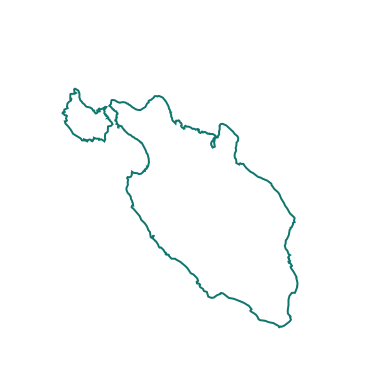 outline of Providencia (Santa Isabel), San Andrés y Providencia, Colombia, rotated 307°
{"feature_id": "7082276B29529138088476", "entity_name": "Providencia (Santa Isabel)", "entity_type": "district", "adm_level": 2, "iso_a3": "COL", "parent_name": "Colombia", "parent_adm1": "San Andrés y Providencia", "projection": "equal_earth", "projection_center": [-81.369, 13.358], "detail": "fine", "context": "isolated", "style": "outline", "palette": "teal", "viewbox_px": 384, "rotation_deg": 307, "n_neighbors": 0, "source": "geoboundaries", "source_scale": "gbopen_adm2", "svg_char_len": 5992}
<svg xmlns="http://www.w3.org/2000/svg" viewBox="0 0 384 384"><g transform="rotate(307 192 192)"><path d="M241.0,129.1L242.3,127.0L242.9,127.1L242.8,126.7L244.5,124.5L244.6,123.6L246.4,121.5L248.5,116.9L249.8,111.8L249.0,108.3L248.6,107.5L247.7,107.2L247.0,105.5L245.9,104.5L244.1,104.6L240.9,103.8L239.0,102.6L238.4,102.6L237.6,103.5L235.5,102.9L231.9,103.6L226.5,101.5L225.3,99.9L224.3,97.6L223.8,92.9L224.1,90.8L223.7,88.8L224.0,87.7L223.5,87.0L223.5,85.2L222.2,82.7L219.8,80.5L219.1,78.4L218.8,75.4L218.1,73.7L217.1,72.6L216.4,72.6L213.5,74.3L211.1,74.1L211.1,77.0L210.6,77.9L210.7,79.7L210.4,79.7L210.3,80.5L210.4,82.2L210.8,83.1L210.2,84.0L210.1,85.1L209.4,85.6L208.7,85.2L207.4,85.8L206.4,87.0L205.9,86.7L205.0,87.7L203.1,87.5L202.8,88.0L203.2,88.9L201.9,90.6L200.9,90.7L201.4,92.6L199.1,94.1L199.3,94.5L200.5,93.7L201.5,94.6L202.1,96.4L201.2,98.5L200.8,100.8L200.5,100.9L199.9,106.8L200.6,108.7L200.3,111.0L200.7,112.6L200.5,114.3L201.0,116.0L201.0,119.8L200.6,121.1L201.0,121.4L200.8,122.8L197.6,129.6L195.8,132.2L195.5,133.7L192.3,137.6L189.7,139.8L185.9,141.5L185.4,140.7L184.9,141.3L183.7,141.7L183.4,141.3L182.8,141.5L181.6,140.5L181.6,140.0L181.4,141.2L180.6,141.8L179.5,140.7L178.2,140.9L176.1,140.4L174.2,138.7L174.2,137.2L172.2,133.9L172.1,132.0L171.3,132.6L170.8,132.5L169.7,133.5L167.6,134.0L166.0,133.1L165.3,131.7L164.1,131.7L163.3,133.6L160.7,135.0L159.3,136.4L155.6,137.3L154.1,138.6L152.7,141.0L152.3,142.3L152.5,143.2L151.9,144.1L151.6,145.6L149.6,147.7L148.9,149.5L147.8,150.6L147.7,151.2L145.9,153.0L145.8,152.5L144.6,152.4L143.4,153.1L143.4,155.2L141.3,164.7L139.2,168.3L138.6,173.2L137.3,176.9L135.3,180.1L134.8,182.4L131.1,186.2L131.2,187.7L133.4,187.3L133.8,187.8L131.3,188.5L131.2,190.9L130.8,191.8L130.9,193.1L129.5,196.8L128.6,197.9L128.1,199.2L128.2,199.9L128.9,200.3L129.0,201.0L128.5,204.5L127.5,206.4L127.8,207.2L127.6,208.1L126.5,208.4L126.5,209.2L127.5,210.3L127.7,211.2L127.3,211.3L126.4,215.7L128.6,218.8L128.5,220.2L129.2,224.7L128.8,232.0L128.3,234.6L126.4,239.9L127.0,243.0L126.2,248.1L124.8,250.3L124.1,250.4L123.2,249.8L122.2,250.7L122.0,251.2L123.0,252.6L123.0,253.7L122.8,254.3L121.9,254.3L121.0,255.6L121.2,259.2L120.1,261.1L121.1,264.0L118.2,268.0L119.2,271.3L120.9,273.0L124.7,274.1L127.5,275.9L127.8,275.6L128.8,275.9L129.7,278.0L129.6,285.2L131.9,289.7L134.6,299.6L135.3,306.1L134.2,310.1L132.4,310.0L132.0,310.6L132.5,315.1L132.4,317.3L131.6,319.8L130.6,321.3L130.5,323.3L133.2,328.0L134.2,331.6L136.3,335.9L137.1,341.8L137.0,342.7L136.5,343.0L136.7,343.3L137.9,343.7L138.5,344.8L141.1,346.2L147.4,347.9L149.5,347.9L151.1,345.6L151.7,345.8L152.0,345.4L152.4,342.4L152.9,341.5L154.9,339.8L159.5,337.3L164.2,333.8L167.6,332.4L171.1,332.4L171.7,332.6L173.5,334.9L179.5,333.2L180.0,332.5L181.1,332.2L183.2,330.6L186.3,326.8L186.9,326.8L189.4,321.2L190.7,317.2L191.6,315.8L192.9,316.3L193.4,316.1L193.4,315.3L194.1,314.0L193.9,312.2L194.8,312.2L194.7,311.5L194.2,311.5L194.5,311.0L195.2,311.6L196.0,311.6L196.5,309.9L197.3,309.6L197.4,308.5L197.8,308.1L198.4,308.4L199.7,307.9L200.6,308.2L200.5,306.6L202.6,303.3L202.9,301.1L205.0,298.4L207.0,297.9L210.0,295.9L211.0,296.2L215.8,295.3L220.7,292.7L222.1,292.9L222.8,292.2L223.9,292.8L227.1,292.1L228.0,291.3L228.9,291.4L229.6,292.1L230.8,290.5L232.7,289.8L233.2,289.1L233.8,283.2L236.1,278.0L237.1,274.6L238.7,271.7L240.4,267.2L242.9,263.0L243.5,261.0L244.0,255.7L245.2,252.4L245.1,251.9L246.4,250.3L246.4,245.4L245.1,240.4L244.8,238.0L244.0,236.4L243.8,235.0L243.9,229.5L243.3,226.3L243.9,220.8L244.7,217.8L245.1,217.1L245.3,215.9L244.3,214.9L243.9,213.2L242.4,213.3L241.8,210.0L243.8,208.4L244.8,207.1L244.9,205.9L247.1,203.8L248.9,202.9L251.5,202.4L253.6,200.3L255.5,199.7L258.1,197.9L260.8,197.8L263.1,196.3L263.9,194.7L264.1,190.9L264.9,188.6L265.8,179.3L264.9,175.5L263.7,174.2L263.0,173.9L261.8,174.4L261.3,174.2L260.2,175.3L258.5,176.5L256.5,177.2L254.4,179.0L252.1,179.1L251.2,179.7L250.3,179.0L249.7,177.7L249.3,177.7L245.0,179.8L241.9,182.9L239.9,181.7L241.3,178.9L242.3,178.0L244.4,177.4L245.8,178.0L247.1,177.2L247.9,177.5L248.6,177.1L250.8,177.6L251.1,176.3L250.8,173.6L249.0,171.3L249.1,170.5L248.3,170.0L247.8,168.9L248.1,168.3L247.7,166.0L246.2,165.0L246.5,164.4L246.3,163.6L244.3,163.3L243.9,161.8L244.7,161.1L244.7,160.1L245.9,160.0L245.9,158.8L244.0,157.4L244.0,156.0L242.7,154.3L242.8,152.4L242.1,149.8L241.0,148.4L240.9,146.9L239.6,146.7L238.1,147.8L237.6,147.4L237.9,147.0L237.5,145.0L237.8,144.3L238.3,143.4L239.1,143.6L240.2,142.5L240.6,141.6L240.3,140.9L241.2,139.1L240.9,138.8L241.1,138.2L240.1,137.6L239.6,136.6L238.8,136.8L238.6,136.5L236.8,137.6L237.4,133.3L239.4,131.0L239.8,129.8L241.0,129.1ZM199.8,39.1L197.3,36.1L196.7,36.1L193.0,38.8L193.1,39.3L193.9,39.0L193.8,39.6L192.2,40.3L189.7,39.4L187.6,39.3L184.8,40.9L184.2,42.2L181.1,40.5L180.2,40.8L179.4,42.1L178.1,41.0L177.5,41.0L176.9,41.4L177.2,43.2L176.8,43.8L176.9,44.6L177.6,45.5L177.5,46.3L174.9,47.1L173.7,49.1L173.0,49.0L171.9,47.9L170.5,49.7L170.1,52.7L168.8,57.6L166.9,62.1L167.8,71.0L167.0,73.0L168.2,74.7L168.5,74.7L168.5,74.0L168.9,74.0L168.8,75.5L169.1,75.7L169.4,75.0L169.8,76.2L169.1,76.4L169.4,77.9L171.0,77.7L172.5,78.9L172.8,80.0L172.2,81.0L172.4,81.7L173.5,82.0L174.6,81.4L175.4,81.8L176.3,81.1L176.9,83.4L178.1,84.9L178.0,85.5L178.6,85.8L178.5,86.3L178.0,86.5L179.5,87.9L179.8,90.6L179.7,91.5L182.0,90.9L183.1,89.6L186.2,87.7L189.5,88.4L193.8,85.5L196.3,87.6L198.3,87.7L199.3,85.8L199.6,83.2L200.1,82.8L199.9,81.5L200.8,80.7L200.9,80.2L200.5,79.9L201.1,79.9L201.5,79.0L201.4,78.2L201.1,77.8L201.9,77.1L202.0,76.2L201.6,76.0L202.2,74.5L203.8,73.7L204.5,72.5L208.3,72.4L207.8,71.5L205.1,70.6L202.7,69.1L202.8,67.8L202.3,67.5L201.1,67.7L200.7,69.6L200.0,69.0L199.7,67.6L198.8,68.5L197.8,68.6L196.8,67.9L197.0,66.3L198.1,64.9L197.5,64.2L198.4,62.0L198.1,59.6L196.6,56.5L196.7,55.0L197.2,53.5L197.3,50.7L197.9,49.5L197.9,48.0L199.6,45.3L202.5,43.2L203.6,41.9L204.6,40.0L204.2,36.6L203.7,36.1L202.8,36.3L200.9,38.2L201.2,39.7L199.8,39.1Z" fill="none" stroke="#0f766e" stroke-width="2"/></g></svg>